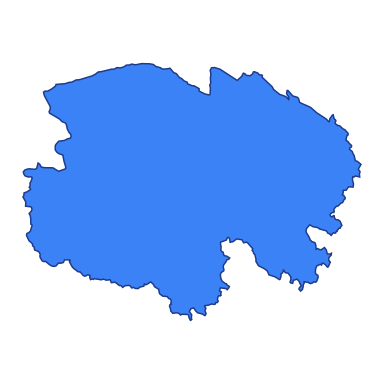 an SVG outline of Qinghai
{"feature_id": "CHN-1151", "entity_name": "Qinghai", "entity_type": "Province", "adm_level": 1, "iso_a3": "CHN", "parent_name": "China", "parent_adm1": "", "projection": "equal_earth", "projection_center": [96.897, 35.43], "detail": "fine", "context": "isolated", "style": "filled", "palette": "blue", "viewbox_px": 384, "rotation_deg": 0, "n_neighbors": 0, "source": "natural_earth", "source_scale": "10m", "svg_char_len": 5915}
<svg xmlns="http://www.w3.org/2000/svg" viewBox="0 0 384 384"><path d="M111.8,69.1L114.2,69.2L116.8,67.6L120.4,67.9L123.8,66.9L126.4,65.1L129.4,65.0L131.6,64.1L135.6,64.8L141.7,63.6L149.7,63.8L153.4,64.5L155.7,66.4L160.4,67.7L162.5,69.1L167.7,68.8L170.0,68.2L173.6,72.5L176.4,73.7L179.5,77.7L181.5,78.4L184.1,80.9L187.2,82.2L188.0,84.3L189.8,84.6L191.8,85.7L194.0,85.8L199.1,88.6L199.0,90.7L199.7,91.4L205.0,94.0L209.0,94.9L209.8,94.7L210.1,93.7L210.4,87.9L209.7,85.1L210.4,84.2L210.7,82.2L210.4,78.3L210.9,74.0L210.2,70.4L211.5,67.8L214.5,67.5L220.0,69.2L237.2,80.4L241.9,76.2L242.5,74.5L243.4,73.2L244.9,73.7L246.4,75.4L250.2,75.7L252.5,74.0L253.5,71.8L254.6,71.8L257.9,73.1L259.3,74.8L261.9,75.0L262.4,75.6L262.0,76.8L262.4,77.5L272.2,86.8L273.7,89.6L279.7,94.4L284.7,96.1L286.6,97.2L288.6,99.5L288.9,98.9L288.5,96.4L287.5,95.4L286.6,93.5L287.1,90.5L288.0,90.5L292.7,95.9L297.6,97.4L298.6,98.8L299.5,102.1L300.3,102.8L310.6,107.4L316.6,112.7L326.6,119.3L328.5,121.6L329.3,121.6L329.9,118.6L332.5,115.0L333.2,114.8L334.1,118.7L335.5,119.9L335.9,120.9L335.1,122.5L335.3,123.6L337.8,125.5L339.6,125.7L343.0,128.9L344.9,129.7L348.1,133.4L348.1,134.9L346.8,135.8L346.0,140.2L348.2,141.8L349.3,143.4L351.5,145.4L351.5,146.9L349.6,148.1L349.6,149.4L352.2,151.5L353.2,154.1L354.0,155.2L355.4,160.8L357.3,161.3L361.0,164.4L358.3,169.2L360.1,171.8L359.4,173.7L359.7,177.0L356.2,176.1L355.0,176.1L354.1,177.0L352.8,176.8L352.4,179.5L353.5,184.0L353.1,187.1L349.0,186.8L347.9,187.6L346.3,190.1L343.1,190.5L343.2,192.9L342.3,194.8L343.7,195.4L345.2,197.7L345.2,198.7L343.9,199.9L342.6,202.6L340.8,203.2L338.2,205.9L336.3,206.4L334.4,208.5L333.9,209.6L334.2,211.5L333.8,212.5L332.3,212.4L330.1,214.3L330.2,215.4L331.1,216.6L332.1,216.9L333.5,215.6L334.1,215.7L334.6,218.0L335.3,219.1L336.4,219.8L338.1,219.8L340.1,221.2L341.9,225.5L340.9,226.5L340.3,228.1L338.7,228.4L338.1,229.7L337.0,230.4L337.1,231.4L335.9,232.0L335.6,233.0L334.9,233.2L333.4,232.7L331.1,235.4L329.8,234.0L327.7,233.1L326.8,231.3L325.8,230.7L319.6,229.0L317.8,227.6L312.9,226.7L309.8,224.8L306.6,228.4L306.0,230.8L306.3,232.5L308.9,236.7L310.3,240.0L311.9,241.6L314.9,242.6L315.8,245.1L316.1,249.2L317.5,248.5L319.8,249.7L321.3,249.7L324.5,247.5L326.3,250.0L327.3,253.9L329.7,254.2L331.4,253.3L331.1,255.3L329.3,257.0L328.8,258.2L328.7,260.3L330.3,262.1L328.3,266.8L327.4,267.1L325.2,264.5L323.2,263.2L322.3,263.3L321.5,265.1L320.2,264.3L316.7,266.0L315.5,269.5L315.4,272.6L315.8,273.9L317.9,275.4L318.2,277.2L316.6,281.5L315.5,282.2L313.9,281.8L312.2,283.1L310.3,283.6L308.1,282.4L304.1,281.7L304.2,283.1L303.3,284.7L303.1,287.0L302.4,289.5L300.6,291.1L298.9,289.0L299.3,287.9L301.2,285.7L299.9,283.5L299.4,281.7L297.1,279.2L293.4,280.3L292.7,283.3L290.6,282.9L290.0,282.1L291.0,279.4L290.6,276.5L288.1,273.2L285.3,272.7L283.8,270.2L283.4,270.1L282.6,272.9L281.1,273.7L281.0,276.2L280.1,279.2L279.4,279.6L275.0,276.8L269.0,274.9L267.4,271.1L266.7,270.5L264.2,268.6L258.4,265.7L255.9,261.3L256.0,259.3L254.9,254.7L253.8,253.6L253.0,251.3L252.1,250.5L252.8,248.8L247.5,242.7L246.3,242.2L243.6,242.8L242.0,239.8L237.2,239.0L236.2,239.2L233.2,241.6L230.1,242.3L229.6,239.0L228.7,237.5L227.3,237.6L226.5,240.0L220.6,242.2L220.4,243.9L221.1,246.4L220.9,250.3L221.8,251.5L223.2,252.3L223.7,254.7L224.3,255.6L226.9,256.2L229.7,258.0L228.9,259.1L226.7,260.1L225.7,262.2L223.7,264.8L223.2,267.0L223.9,269.5L223.8,270.8L221.3,272.5L220.3,274.5L220.9,278.5L222.1,281.1L225.5,283.7L226.5,283.8L226.9,284.9L229.3,286.4L229.0,287.5L227.2,289.7L225.8,288.5L220.3,287.9L219.5,290.8L221.2,291.7L220.7,294.0L221.1,295.2L220.3,295.9L218.6,295.8L218.2,296.2L217.4,299.2L218.2,301.3L217.3,302.5L215.9,302.5L215.3,304.0L214.4,304.4L211.2,304.0L209.1,305.0L204.6,305.8L204.5,306.3L205.9,308.2L204.9,310.6L206.1,313.6L205.2,315.5L204.6,315.5L202.3,314.0L197.6,312.8L195.6,310.8L193.7,307.9L190.9,308.7L189.4,311.6L191.7,314.8L191.3,318.0L191.8,319.3L190.7,320.4L190.1,320.0L189.0,317.5L188.6,315.2L187.4,314.4L182.0,314.3L180.4,315.0L178.9,313.3L176.8,312.8L172.8,313.3L170.8,311.1L170.4,308.5L169.5,306.2L170.0,304.7L171.3,304.1L170.8,303.2L171.3,301.5L170.6,299.2L168.6,298.5L167.4,296.6L162.6,296.1L159.8,293.9L159.4,293.3L158.7,289.3L154.5,286.7L153.6,284.7L151.0,282.1L150.1,282.1L148.6,283.4L145.8,284.8L144.4,284.0L143.8,286.2L139.9,287.1L138.2,288.6L135.5,288.5L133.6,287.5L131.6,287.9L130.4,286.0L128.7,285.4L125.2,285.7L122.6,287.4L121.3,285.7L119.3,285.5L115.1,282.2L111.3,282.7L110.1,279.7L106.4,280.2L103.3,279.1L101.3,279.8L94.4,278.7L93.4,279.4L92.5,279.0L90.5,279.6L89.7,277.3L90.0,275.5L87.6,274.8L85.8,276.0L84.4,276.1L83.1,275.4L80.4,272.1L78.0,271.7L73.6,268.4L71.9,266.4L69.6,262.0L69.4,261.3L70.2,260.5L69.5,259.8L64.6,259.9L63.3,262.5L61.0,263.2L58.5,263.1L56.0,265.9L54.3,266.4L52.0,266.1L49.5,264.7L45.6,261.4L43.9,261.6L42.2,260.9L40.2,257.6L39.9,255.9L40.2,254.3L39.2,252.3L37.6,251.1L34.6,250.0L34.1,247.1L32.6,245.8L32.5,243.9L29.0,240.7L26.6,235.7L26.5,234.5L27.1,233.3L28.9,232.7L30.4,231.0L32.0,225.7L31.9,224.9L30.8,224.1L30.8,219.2L30.2,215.6L29.1,213.6L31.6,210.7L31.9,209.5L31.6,207.6L30.8,206.8L25.6,206.2L25.8,202.0L23.0,197.0L23.8,195.6L24.1,192.9L27.3,191.7L30.3,189.6L30.5,188.9L29.2,187.3L30.1,185.7L30.0,183.2L31.7,179.6L32.1,177.5L31.3,176.8L28.1,177.0L25.1,175.9L23.9,174.2L23.3,171.9L24.9,170.0L27.3,169.1L29.5,168.8L34.8,169.3L36.1,168.8L36.8,168.0L38.1,163.0L39.7,164.2L41.3,167.1L44.7,167.7L52.9,167.8L58.6,171.3L65.0,169.0L65.6,168.5L65.7,166.9L64.0,161.2L62.8,155.0L58.7,153.6L56.8,152.1L55.3,150.0L55.2,146.0L55.8,144.6L58.7,141.2L64.3,140.5L67.8,138.7L70.4,138.2L71.1,136.4L70.8,134.5L69.0,132.4L67.3,129.0L66.3,124.4L65.4,123.0L62.0,121.6L59.5,119.0L49.5,113.1L49.1,111.6L50.3,109.0L50.1,106.4L44.4,95.7L43.5,92.2L44.8,91.1L47.6,91.2L51.6,89.0L55.4,86.2L56.1,84.4L64.8,83.7L69.4,82.3L71.7,82.2L76.0,80.0L79.9,79.6L92.1,75.9L95.2,74.3L98.2,72.0L101.5,71.6L111.8,69.1Z" fill="#3b82f6" stroke="#1e3a8a" stroke-width="1.5"/></svg>